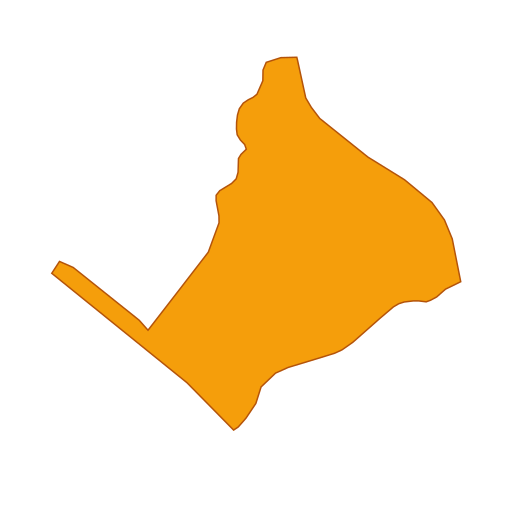 outline of Mono, rotated 52°
{"feature_id": "BEN-2180", "entity_name": "Mono", "entity_type": "Department", "adm_level": 1, "iso_a3": "BEN", "parent_name": "Benin", "parent_adm1": "", "projection": "albers", "projection_center": [1.785, 6.48], "detail": "fine", "context": "isolated", "style": "filled", "palette": "amber", "viewbox_px": 512, "rotation_deg": 52, "n_neighbors": 0, "source": "natural_earth", "source_scale": "10m", "svg_char_len": 970}
<svg xmlns="http://www.w3.org/2000/svg" viewBox="0 0 512 512"><g transform="rotate(52 256 256)"><path d="M155.0,196.9L148.9,196.2L143.9,193.2L138.6,188.9L133.5,183.8L129.7,178.5L127.7,171.9L128.1,166.0L129.2,160.6L129.1,155.6L122.1,142.7L113.8,136.0L109.7,128.7L115.0,114.3L124.5,101.5L127.2,102.7L162.1,119.5L172.9,120.9L186.9,121.1L247.0,106.9L287.4,92.0L322.2,84.4L343.6,85.3L363.3,90.8L402.3,110.5L398.8,127.1L399.5,138.8L398.3,145.8L396.9,150.1L391.6,155.4L388.3,159.6L383.5,167.5L381.5,172.9L380.7,179.0L381.4,196.4L383.6,232.8L382.9,246.0L381.1,253.7L377.6,263.0L363.6,299.3L360.3,312.7L362.3,332.6L372.1,346.9L377.6,363.7L379.8,375.2L379.4,380.8L313.4,388.4L143.9,427.6L139.3,414.2L152.5,407.1L234.7,387.6L248.0,386.8L236.0,339.6L223.6,291.2L207.1,264.7L201.6,260.5L187.9,253.4L183.6,250.0L182.2,244.3L183.8,230.5L183.0,224.1L179.0,218.6L168.4,209.8L166.7,205.3L165.9,197.9L161.2,196.3L155.0,196.9Z" fill="#f59e0b" stroke="#b45309" stroke-width="1.5"/></g></svg>